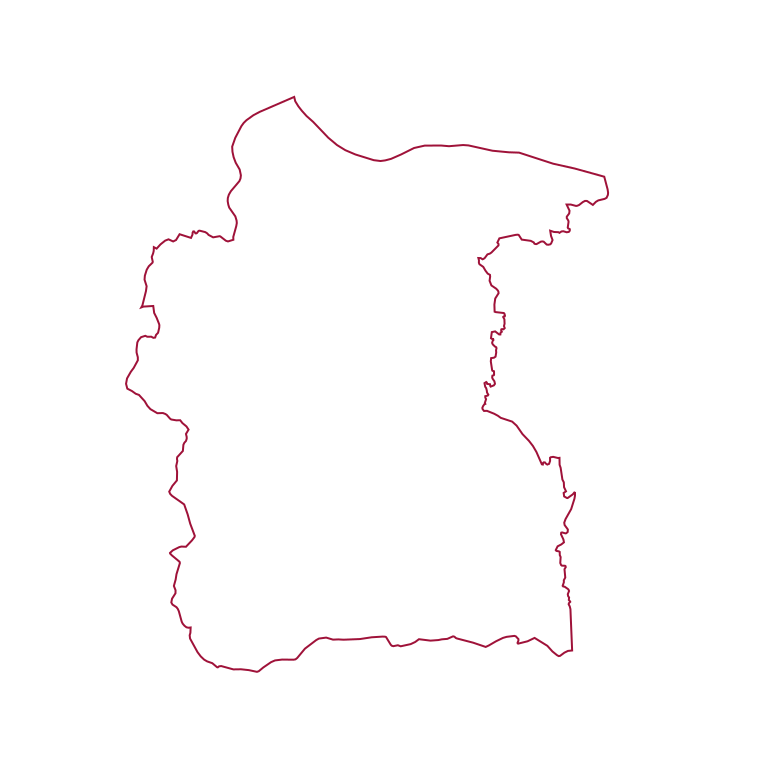 outline of Uong Bi, Quảng Ninh, Vietnam, rotated 170°
{"feature_id": "81297802B42641748496229", "entity_name": "Uong Bi", "entity_type": "district", "adm_level": 2, "iso_a3": "VNM", "parent_name": "Vietnam", "parent_adm1": "Quảng Ninh", "projection": "robinson", "projection_center": [106.761, 21.071], "detail": "fine", "context": "isolated", "style": "outline", "palette": "rose", "viewbox_px": 768, "rotation_deg": 170, "n_neighbors": 0, "source": "geoboundaries", "source_scale": "gbopen_adm2", "svg_char_len": 6158}
<svg xmlns="http://www.w3.org/2000/svg" viewBox="0 0 768 768"><g transform="rotate(170 384 384)"><path d="M131.1,549.9L158.8,563.1L179.2,571.6L210.8,588.4L220.8,590.5L236.7,594.9L259.4,604.3L264.6,605.6L278.7,606.9L286.6,609.0L302.6,611.7L313.4,611.2L327.2,607.1L337.9,604.5L344.0,604.0L348.7,604.2L355.2,606.2L372.3,615.0L381.5,621.0L388.8,627.5L396.1,636.2L408.3,654.5L413.7,661.3L417.5,667.4L420.1,672.3L422.3,677.8L422.6,682.3L459.1,673.6L465.9,671.4L473.6,667.7L476.8,665.5L479.6,662.8L487.7,652.3L492.3,644.1L492.9,639.0L492.7,633.5L491.6,627.6L488.9,620.3L488.7,614.4L489.6,611.4L491.2,608.9L501.3,600.5L503.9,597.4L505.5,594.3L506.2,591.3L506.2,587.6L505.8,584.6L501.3,574.9L500.8,570.6L501.0,568.1L502.1,565.1L506.9,555.0L507.3,552.2L512.9,551.5L514.9,552.6L519.5,557.7L520.2,558.1L526.8,558.1L530.9,561.3L531.9,563.0L533.6,564.6L538.9,567.0L540.0,567.0L542.1,565.1L543.0,564.9L543.5,565.1L544.5,567.2L545.3,567.4L546.2,566.3L546.7,564.3L548.7,561.4L559.3,567.0L563.8,561.9L566.9,561.0L571.1,563.9L574.6,563.2L579.9,560.3L584.4,556.8L586.9,558.7L587.7,555.0L588.7,552.7L590.7,549.4L590.5,544.5L590.9,543.7L595.2,540.8L597.8,537.8L600.7,532.2L601.7,528.3L600.8,521.5L602.3,516.8L608.3,503.3L609.7,501.6L607.4,502.0L597.7,500.9L598.0,493.9L596.4,488.6L595.1,482.3L595.0,481.0L595.6,478.4L597.6,473.7L600.0,471.9L601.3,469.5L603.1,469.5L605.0,471.0L609.0,471.7L610.7,472.9L615.1,472.3L618.2,469.8L619.7,467.8L621.7,461.1L622.2,457.9L621.8,453.1L622.3,450.1L627.7,443.3L631.2,440.0L636.1,434.1L638.0,429.0L637.6,424.0L633.4,420.8L630.2,417.5L627.2,415.8L622.7,408.7L620.8,403.6L618.4,399.8L612.3,394.6L606.8,393.8L604.6,392.5L603.3,391.3L600.7,387.0L599.7,386.0L594.9,384.3L591.0,383.7L589.3,380.5L585.9,376.5L584.4,373.0L587.7,369.2L587.5,366.1L587.8,364.4L588.9,362.3L590.8,360.8L592.1,359.0L593.7,353.0L600.4,347.8L600.9,346.1L600.9,344.1L602.9,339.3L603.0,333.4L604.7,325.0L610.1,320.4L614.2,315.3L613.7,313.0L612.2,310.7L601.7,300.1L600.0,289.7L599.1,280.1L596.7,267.3L597.2,266.2L600.3,263.3L607.3,258.1L611.8,259.1L614.0,258.9L620.8,256.9L624.1,254.8L624.1,254.2L622.7,252.1L616.2,244.4L616.1,243.1L621.4,232.7L623.1,227.7L626.0,221.6L625.1,217.1L625.7,214.1L630.0,209.4L631.4,205.8L630.6,203.5L627.1,200.2L626.1,198.2L625.5,195.8L624.5,185.1L623.9,183.0L622.5,180.6L620.8,178.7L618.8,177.9L616.7,177.8L617.9,172.5L619.0,170.3L619.2,167.0L614.2,152.3L611.8,147.6L609.0,143.8L606.3,141.5L601.6,138.9L597.6,134.1L596.9,133.8L595.4,134.6L593.3,134.5L581.9,129.1L574.4,127.9L566.8,125.7L559.1,122.6L557.2,122.9L552.1,125.8L543.5,129.7L539.3,130.7L532.1,130.3L521.0,128.2L519.0,128.2L517.1,129.2L507.8,137.1L495.2,143.6L492.3,144.6L485.0,144.3L478.6,141.1L473.3,140.4L468.2,139.2L452.0,137.0L440.1,136.7L429.4,135.5L426.9,135.0L425.9,134.4L422.6,126.0L421.8,124.9L420.4,124.2L415.7,124.3L413.1,122.8L402.9,123.2L398.1,124.5L393.9,126.6L382.8,123.2L375.0,122.4L371.3,122.5L365.9,122.0L359.8,123.5L358.5,122.9L357.4,121.4L356.3,120.7L341.2,113.8L329.5,107.4L326.2,108.3L318.3,111.2L310.9,113.3L307.1,113.7L299.3,113.3L298.0,112.6L295.9,109.4L296.2,107.9L297.4,106.0L297.4,105.4L297.0,105.0L287.3,105.7L279.8,107.8L268.6,97.8L264.6,91.4L260.7,86.9L259.2,85.7L257.8,85.7L253.0,88.1L249.2,89.2L245.0,88.9L239.5,129.9L239.7,132.8L240.4,135.0L240.0,136.0L238.4,137.1L238.4,137.4L239.5,139.2L238.8,141.6L239.5,143.1L239.5,145.1L237.7,148.0L238.0,149.5L238.5,150.2L241.3,153.0L242.7,153.5L243.1,154.2L241.3,157.5L241.0,159.5L239.1,161.9L238.4,170.3L236.8,172.1L236.9,173.2L237.4,173.6L240.3,174.2L241.0,174.9L241.5,177.1L240.1,182.9L240.6,185.0L240.1,188.1L240.8,188.8L243.2,189.7L243.7,190.6L241.2,194.0L237.3,195.2L234.3,196.8L234.3,199.7L235.8,205.3L235.3,206.8L234.4,206.9L231.3,205.4L230.4,205.4L228.8,206.4L228.2,208.8L230.6,213.7L230.6,216.1L228.7,219.4L221.4,228.3L216.4,237.9L215.3,240.9L214.8,243.7L215.4,244.1L217.3,242.5L223.0,239.8L223.7,240.0L226.1,242.0L226.0,245.5L223.4,246.7L224.6,251.1L224.0,256.0L224.9,258.9L224.6,270.8L225.1,273.9L224.0,280.8L225.5,280.9L230.1,282.9L232.6,282.9L233.3,282.5L233.8,279.4L235.3,276.7L237.2,276.3L238.5,277.6L239.1,278.8L240.2,279.1L240.9,278.8L241.6,277.1L242.5,277.5L245.7,290.6L248.1,297.1L251.1,302.8L256.3,310.6L260.6,319.9L264.3,324.7L274.9,330.4L277.3,332.9L280.7,335.6L287.3,339.7L290.2,340.1L291.3,342.3L291.3,343.4L290.3,345.0L288.8,346.5L287.7,346.8L288.0,347.8L286.1,351.4L286.6,353.0L286.4,354.4L283.8,354.6L283.1,355.3L284.0,357.7L283.9,359.7L284.1,362.2L284.8,363.7L284.9,367.4L283.0,368.2L282.5,367.6L282.4,366.2L279.6,365.3L279.7,363.6L279.4,362.9L276.0,363.6L274.7,364.9L274.8,367.5L276.2,370.5L276.3,371.9L275.8,373.4L274.3,373.6L274.0,374.0L273.5,377.1L273.5,377.5L274.9,378.2L275.1,378.9L274.9,387.7L274.0,390.9L271.1,390.8L269.4,391.6L268.0,395.6L267.8,397.8L267.0,399.7L267.1,400.7L268.2,401.6L270.0,404.1L270.4,405.7L269.4,407.7L268.6,408.3L268.7,409.4L270.1,409.8L270.7,410.5L268.8,416.4L265.4,416.5L262.0,412.8L260.8,412.6L260.2,414.5L258.9,415.0L259.3,416.6L259.0,417.4L258.2,417.6L256.8,417.1L255.4,418.1L255.8,420.2L254.8,422.4L254.2,426.8L255.0,429.3L254.3,429.8L253.3,429.7L253.0,430.3L253.2,432.3L253.7,433.1L261.5,435.4L262.5,436.0L261.5,443.0L259.6,448.9L255.4,453.5L255.3,455.0L255.6,456.2L256.9,458.3L261.1,462.4L262.1,467.3L260.8,471.4L260.7,473.1L262.7,474.7L264.4,478.0L265.9,482.1L269.2,485.4L269.5,486.9L269.0,489.4L269.2,491.7L266.9,491.2L265.3,489.7L264.3,489.9L262.9,490.6L259.6,493.7L257.2,494.0L255.4,494.8L247.2,500.6L246.9,502.0L247.8,503.6L245.1,507.4L228.4,508.0L226.2,507.8L225.4,507.3L223.3,502.3L214.6,499.5L211.9,497.4L211.6,496.2L210.8,495.6L209.5,495.3L204.6,497.0L202.9,496.8L202.0,496.4L199.6,493.1L198.0,492.6L196.0,492.7L195.0,493.4L193.0,496.5L193.8,500.9L193.7,506.1L190.2,504.2L185.8,503.2L185.0,502.4L182.7,503.4L180.9,503.3L177.7,501.7L175.6,501.7L174.7,502.4L174.2,503.4L174.2,504.3L175.6,505.3L175.9,506.1L174.1,511.6L174.1,512.9L175.2,515.7L174.9,517.1L172.0,519.8L171.2,522.4L173.0,529.0L168.9,528.3L163.9,526.0L162.6,526.0L160.8,526.4L156.7,528.6L154.3,529.4L152.3,529.0L147.2,524.1L143.7,526.6L141.1,527.6L134.6,528.0L132.5,528.7L130.7,531.3L130.1,533.4L130.0,536.9L131.1,549.9Z" fill="none" stroke="#9f1239" stroke-width="2"/></g></svg>